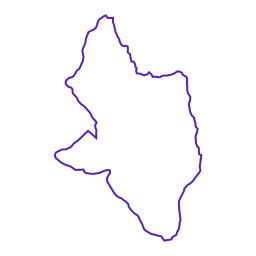 José Boiteux, Santa Catarina, Brazil (Mercator projection)
{"feature_id": "56859067B74314502479373", "entity_name": "José Boiteux", "entity_type": "district", "adm_level": 2, "iso_a3": "BRA", "parent_name": "Brazil", "parent_adm1": "Santa Catarina", "projection": "mercator", "projection_center": [-49.654, -26.855], "detail": "fine", "context": "isolated", "style": "outline", "palette": "violet", "viewbox_px": 256, "rotation_deg": 0, "n_neighbors": 0, "source": "geoboundaries", "source_scale": "gbopen_adm2", "svg_char_len": 2873}
<svg xmlns="http://www.w3.org/2000/svg" viewBox="0 0 256 256"><path d="M197.6,128.9L195.8,126.8L195.4,123.2L194.6,120.5L194.2,117.9L191.6,115.1L190.4,112.4L189.6,109.7L189.5,107.4L188.8,104.9L189.3,102.3L190.0,100.3L190.4,97.6L189.5,95.4L188.0,93.3L187.2,90.0L187.3,86.5L186.9,84.0L187.0,80.9L187.1,78.3L185.8,76.3L183.2,75.2L181.7,72.7L179.5,71.6L177.1,71.4L175.5,72.7L173.4,73.9L170.0,74.9L166.8,75.6L164.5,75.5L161.9,76.0L159.8,77.3L157.5,77.0L155.0,76.6L152.7,76.9L151.5,74.5L149.2,72.3L147.0,74.5L144.2,75.3L142.1,74.6L139.9,73.6L136.8,73.4L136.1,70.5L136.7,68.5L135.5,66.9L135.1,64.2L133.8,61.8L131.3,61.4L131.0,59.3L130.4,57.2L130.2,54.4L127.7,52.2L127.9,48.7L127.6,46.3L125.7,45.8L123.4,46.2L121.2,44.6L119.8,41.8L119.1,38.9L117.8,37.1L116.8,34.6L115.6,32.2L114.8,28.8L114.1,25.3L112.9,21.7L113.1,17.8L110.3,18.1L107.6,17.8L105.8,15.4L103.4,16.5L101.4,18.1L99.5,19.1L98.2,21.0L97.4,23.3L96.9,25.6L95.9,27.7L94.1,29.3L91.1,30.8L88.5,32.1L87.6,34.5L86.5,37.1L85.7,39.9L85.4,42.9L84.6,44.9L83.5,47.1L82.4,50.3L82.9,53.7L83.5,56.6L83.1,59.6L82.6,61.9L81.5,63.7L80.6,66.1L79.3,68.7L76.8,70.6L75.2,73.6L73.4,76.3L71.5,77.4L69.2,77.8L67.4,79.3L65.7,81.3L65.8,84.1L67.7,86.2L69.3,87.1L71.2,87.6L72.4,89.2L72.8,93.3L74.9,95.6L76.8,97.7L78.3,101.1L80.3,103.3L81.7,104.6L83.7,105.8L85.9,108.0L87.2,109.7L88.7,111.1L90.3,113.2L91.7,116.2L93.3,118.7L94.9,120.3L96.6,122.6L95.2,125.0L95.3,127.5L96.3,129.9L96.2,138.0L88.1,130.8L79.2,139.4L77.3,141.0L75.3,142.4L73.5,143.7L71.5,146.3L69.7,147.6L67.5,148.6L65.3,149.4L62.8,149.4L60.8,150.0L58.6,151.1L55.8,152.6L54.8,155.3L55.8,158.0L58.5,160.3L60.6,162.1L63.0,163.6L64.7,164.5L67.0,165.3L70.0,166.2L72.8,168.0L75.4,169.9L78.4,169.8L81.2,169.8L83.3,169.5L84.8,172.4L87.4,173.4L89.8,173.5L91.9,173.9L94.1,173.8L96.9,173.3L99.7,172.8L102.7,171.5L105.0,170.6L107.1,170.1L109.8,170.3L110.1,172.9L108.3,175.5L106.9,178.5L107.3,181.9L109.1,184.6L110.1,186.6L111.4,188.5L113.3,191.6L115.3,194.5L117.2,196.5L119.4,197.6L121.6,198.4L123.2,199.9L125.1,201.1L126.7,202.4L128.3,204.1L128.7,206.6L130.6,209.5L132.8,211.9L135.1,213.9L137.3,215.2L138.6,216.9L139.7,219.7L141.6,222.8L142.9,226.0L144.0,229.0L145.6,230.6L148.4,232.3L150.6,233.6L152.4,234.3L154.5,234.6L156.5,235.3L158.7,235.8L161.2,236.3L163.1,239.0L164.3,240.6L166.1,240.2L168.9,239.9L171.3,239.4L172.5,237.1L174.4,235.9L176.3,234.8L177.1,232.2L178.3,230.1L179.1,228.1L179.5,225.2L179.6,222.5L180.5,220.6L180.3,218.2L180.0,215.8L179.6,212.5L179.2,208.7L178.9,205.0L179.0,201.3L180.3,197.9L181.6,195.6L182.8,193.3L184.0,190.9L184.3,188.8L186.1,186.6L188.1,184.6L190.0,183.7L192.8,181.1L195.0,178.0L197.3,175.1L198.8,173.3L200.4,170.5L199.7,166.1L200.2,163.6L200.6,160.3L201.0,157.4L201.2,155.1L199.2,154.2L198.9,151.1L198.8,148.0L197.0,146.0L196.0,143.3L195.8,141.1L195.7,138.6L195.6,136.3L196.3,134.0L197.1,132.0L197.6,128.9Z" fill="none" stroke="#5b21b6" stroke-width="2"/></svg>